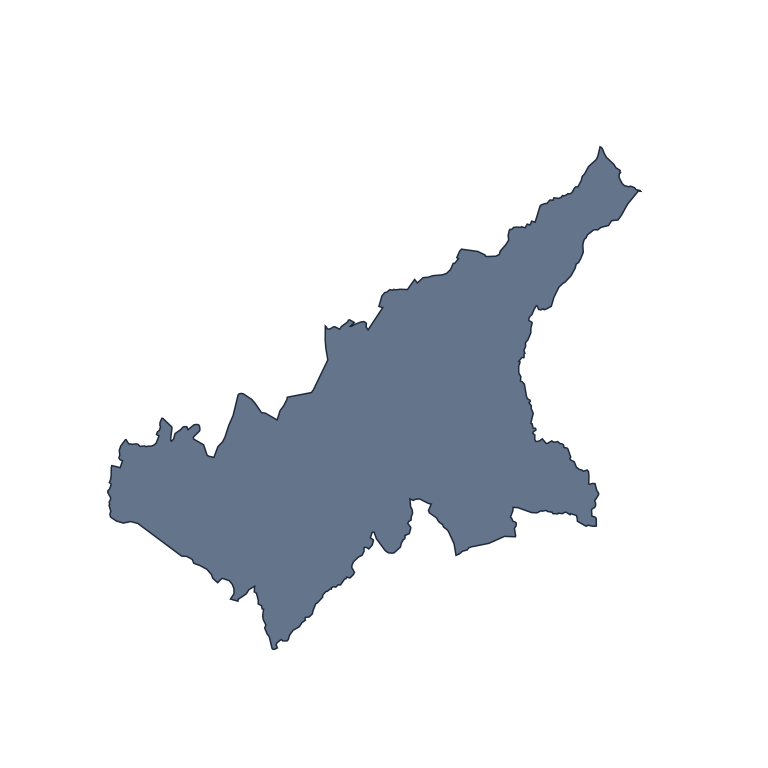 Atolinga, Zacatecas, Mexico (Natural Earth projection), rotated 195°
{"feature_id": "50627088B11442495571788", "entity_name": "Atolinga", "entity_type": "district", "adm_level": 2, "iso_a3": "MEX", "parent_name": "Mexico", "parent_adm1": "Zacatecas", "projection": "natural_earth1", "projection_center": [-103.443, 21.766], "detail": "fine", "context": "isolated", "style": "filled", "palette": "slate", "viewbox_px": 768, "rotation_deg": 195, "n_neighbors": 0, "source": "geoboundaries", "source_scale": "gbopen_adm2", "svg_char_len": 6168}
<svg xmlns="http://www.w3.org/2000/svg" viewBox="0 0 768 768"><g transform="rotate(195 384 384)"><path d="M185.9,636.6L186.6,637.1L191.0,637.0L192.8,638.5L197.2,638.9L198.5,637.9L202.9,637.8L205.7,639.2L210.3,644.2L211.2,647.8L210.2,649.5L211.0,650.0L211.2,651.4L216.1,653.0L218.9,655.7L227.8,660.5L231.4,664.2L233.2,667.0L235.1,668.7L236.7,669.0L236.4,659.4L237.1,655.7L242.7,647.0L244.7,638.7L246.3,635.8L246.1,631.9L247.7,624.7L249.8,624.0L250.7,622.7L251.9,617.8L252.9,616.4L254.1,615.5L255.6,615.5L257.3,613.3L259.1,612.2L260.5,612.2L260.8,610.6L263.3,608.5L268.1,607.8L268.3,605.2L271.4,604.7L273.3,600.6L275.6,599.8L278.8,597.4L279.3,596.3L279.9,579.4L283.4,579.6L284.2,575.4L287.1,575.5L288.1,571.4L291.9,571.5L292.5,570.7L297.1,569.7L299.3,568.8L300.7,566.3L302.4,566.0L302.8,564.5L302.5,559.5L300.8,555.2L302.4,550.1L306.2,542.4L306.1,539.1L309.0,536.4L317.5,533.8L319.2,533.8L319.8,534.8L327.7,536.3L344.1,534.3L345.3,531.8L346.4,524.9L344.5,524.3L346.9,518.9L348.4,518.4L349.4,511.6L352.3,506.9L356.0,504.5L364.8,501.3L369.3,498.4L373.7,496.9L377.9,490.3L381.5,492.9L385.8,481.3L392.9,479.7L397.0,478.0L399.2,477.9L400.2,476.7L402.8,476.7L405.2,473.2L406.9,472.6L408.8,468.5L409.0,457.6L405.0,457.5L413.4,432.2L415.9,434.3L416.8,438.2L419.5,439.1L422.2,438.0L427.5,434.1L430.2,431.3L431.5,431.0L428.6,435.7L433.7,437.1L434.9,436.5L435.1,434.7L440.0,428.5L441.0,425.4L446.4,426.6L448.0,425.8L450.0,423.5L451.9,422.6L453.2,422.6L454.2,424.0L455.7,424.8L452.2,411.3L449.6,403.9L444.5,392.7L450.7,360.1L452.0,356.9L474.0,346.2L473.8,343.6L475.3,336.8L477.5,331.4L477.9,321.6L491.0,325.1L495.0,324.7L503.2,331.7L507.6,334.8L517.4,338.1L519.4,338.0L521.8,336.6L522.1,335.5L521.6,314.5L523.2,303.9L523.9,291.3L525.0,286.3L528.2,280.5L529.3,269.1L534.6,268.9L536.5,269.5L542.5,278.6L553.5,281.5L554.3,282.7L554.1,283.8L550.0,290.9L550.0,292.4L551.2,295.4L552.4,296.5L554.1,296.6L557.0,295.4L561.5,289.1L563.3,291.6L565.4,291.3L567.0,290.4L568.5,287.4L573.0,282.0L573.1,276.1L574.5,273.8L575.2,273.9L575.9,276.1L577.4,286.7L578.0,287.7L588.8,293.6L589.7,293.4L590.4,289.0L589.8,286.2L588.8,284.7L588.9,281.1L590.4,279.2L590.7,276.3L587.9,275.5L588.8,268.0L590.1,265.8L592.5,263.8L596.4,262.7L597.6,261.8L599.0,262.2L603.6,260.6L606.2,262.2L608.3,261.9L611.1,260.7L615.3,260.2L618.7,263.5L619.4,263.2L622.3,255.8L622.5,251.4L620.8,246.8L620.9,243.8L619.2,242.5L616.7,242.3L617.2,234.9L625.4,234.8L625.9,234.7L625.8,232.8L623.8,224.8L623.4,220.7L623.8,217.7L621.8,216.8L621.5,215.7L622.0,211.1L623.0,209.8L622.9,208.0L618.5,203.2L618.3,201.6L618.9,198.8L617.8,196.5L618.2,195.7L615.0,190.4L615.0,187.0L613.5,184.6L607.0,182.4L599.7,182.2L593.0,185.6L585.7,185.6L535.0,165.4L529.7,166.4L523.8,164.9L521.3,161.6L514.8,161.0L507.1,159.2L501.3,155.2L499.1,152.0L493.2,149.0L490.5,153.9L489.6,154.4L482.6,154.0L478.7,151.2L476.0,147.5L474.6,142.7L476.6,136.5L468.9,136.4L469.1,138.3L462.7,145.6L461.3,150.3L456.6,155.2L455.6,149.7L453.0,148.8L449.4,142.4L448.6,139.0L444.9,138.2L443.6,135.3L442.0,135.3L441.2,128.5L439.6,125.2L435.7,120.6L436.1,117.4L432.1,112.2L429.5,110.3L423.7,99.6L422.7,99.0L420.9,99.5L418.7,101.5L420.7,104.3L420.5,106.1L417.2,110.6L415.3,109.6L411.2,110.7L410.3,112.3L410.2,116.8L408.1,122.5L402.9,127.7L401.5,132.3L398.8,135.4L399.7,137.3L399.6,138.1L395.9,139.7L393.7,143.4L393.9,146.6L393.0,154.3L391.8,155.2L388.1,162.1L388.5,164.4L386.4,168.5L385.0,169.1L383.1,171.9L381.7,172.3L382.1,173.7L380.4,175.1L378.0,175.3L376.3,178.2L374.1,178.6L371.5,185.6L370.4,186.0L370.1,187.7L366.6,187.9L364.4,191.7L363.7,194.4L367.7,198.5L368.0,201.2L367.4,204.5L363.9,210.2L360.8,212.9L360.0,217.4L361.0,220.7L360.1,221.4L358.1,221.5L356.0,220.7L353.7,225.4L353.6,229.8L354.2,230.8L357.4,232.0L357.0,237.7L355.3,238.4L351.2,232.5L339.6,223.3L336.2,222.1L332.4,222.7L330.5,223.6L325.9,230.8L326.1,234.3L325.0,238.8L324.0,239.7L324.0,241.6L324.6,243.0L320.9,246.0L320.8,251.2L321.0,252.4L325.0,255.6L324.5,257.7L322.6,259.6L323.3,262.5L322.9,266.4L324.0,269.4L325.5,271.4L326.2,271.5L329.2,279.7L325.6,279.1L323.8,280.8L319.8,282.2L310.0,280.1L307.3,280.3L308.3,273.3L306.9,271.3L298.9,268.4L295.3,265.0L291.0,263.3L289.5,261.3L284.9,259.4L283.3,257.9L274.9,247.7L270.1,237.1L267.1,239.5L265.0,242.7L260.6,245.3L259.9,247.4L257.5,249.3L241.5,257.2L228.2,268.0L217.6,270.4L217.5,271.3L220.7,278.4L219.7,281.0L220.2,283.9L221.8,284.7L223.9,284.8L226.0,287.4L227.4,288.2L226.7,294.7L227.5,298.2L222.8,299.2L208.2,298.0L202.7,299.2L199.7,302.1L198.2,302.1L194.9,303.8L193.0,303.2L188.4,303.6L187.3,302.5L182.5,303.5L182.2,304.4L178.1,304.9L176.1,306.9L174.7,307.3L170.5,305.8L170.2,307.1L164.2,306.8L162.6,304.2L161.7,301.5L152.9,299.1L151.7,299.0L150.6,300.4L145.7,300.6L142.1,301.7L144.2,309.1L145.8,310.2L148.9,310.1L150.8,315.6L150.8,316.9L148.6,319.2L148.1,321.1L148.8,323.8L150.3,325.5L148.0,332.8L148.5,334.1L151.0,336.4L154.4,342.4L156.9,341.9L159.2,340.4L160.4,340.5L162.2,348.1L163.8,352.3L165.6,353.5L168.8,351.3L170.1,352.0L173.4,352.1L176.6,353.4L180.1,358.1L184.1,359.0L185.2,360.1L184.7,361.7L189.6,368.9L190.7,369.5L193.9,369.3L194.6,371.4L195.9,372.2L198.9,372.1L201.2,373.4L203.5,372.2L205.6,371.8L207.2,372.5L210.8,368.9L212.1,368.7L216.9,372.0L219.1,369.2L222.4,367.7L224.1,369.6L225.1,373.8L227.5,374.9L227.5,376.2L225.3,379.0L226.2,380.4L228.7,380.1L230.5,383.8L232.0,384.0L232.3,394.4L235.6,398.6L236.1,401.2L239.1,403.3L238.2,405.0L238.8,406.1L241.6,406.9L243.2,409.0L248.3,420.1L251.2,422.0L253.0,422.1L253.7,426.5L256.7,429.6L258.5,436.2L258.2,440.4L259.7,440.7L257.7,445.2L255.7,445.6L255.7,446.6L256.6,449.0L255.8,450.1L257.6,452.7L256.9,456.9L258.0,460.4L256.4,464.0L255.4,471.3L256.6,476.2L256.6,480.6L256.9,481.8L260.5,482.9L261.0,484.4L260.6,486.8L259.0,489.6L258.4,494.5L257.2,499.0L256.4,499.2L253.9,496.0L251.6,496.2L250.1,497.8L248.5,497.2L246.7,498.4L242.5,502.3L242.3,511.7L240.1,522.8L237.2,527.6L235.6,529.0L231.3,537.1L229.3,545.5L229.4,549.4L227.5,551.7L226.5,555.7L225.6,562.7L227.9,569.6L228.1,574.1L227.7,576.0L226.6,577.5L226.2,580.6L221.1,587.4L217.4,588.2L215.0,591.4L208.2,595.2L206.4,600.7L200.4,603.0L198.3,608.7L195.2,620.9L188.3,636.2L185.9,636.6Z" fill="#64748b" stroke="#1e293b" stroke-width="1.5"/></g></svg>